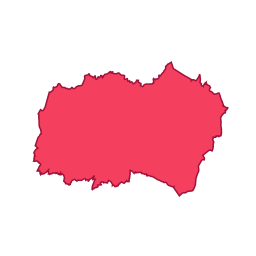 Juárez, Michoacán, Mexico (Equal Earth projection), rotated 25°
{"feature_id": "50627088B88478312202037", "entity_name": "Juárez", "entity_type": "district", "adm_level": 2, "iso_a3": "MEX", "parent_name": "Mexico", "parent_adm1": "Michoacán", "projection": "equal_earth", "projection_center": [-100.442, 19.293], "detail": "fine", "context": "isolated", "style": "filled", "palette": "rose", "viewbox_px": 256, "rotation_deg": 25, "n_neighbors": 0, "source": "geoboundaries", "source_scale": "gbopen_adm2", "svg_char_len": 5758}
<svg xmlns="http://www.w3.org/2000/svg" viewBox="0 0 256 256"><g transform="rotate(25 128 128)"><path d="M215.4,95.9L215.3,94.5L215.0,93.9L214.8,93.0L213.0,89.3L211.4,87.0L210.9,85.7L210.3,85.2L210.1,83.7L208.3,80.8L207.9,80.4L207.6,78.0L208.0,76.1L208.4,74.9L208.5,74.2L208.7,73.9L209.6,73.4L209.7,73.0L209.5,71.9L209.1,71.5L208.6,71.2L208.6,70.9L209.3,70.4L209.6,69.8L210.0,68.3L209.8,67.5L208.4,68.0L208.1,67.9L207.2,68.0L206.4,67.6L205.4,68.0L205.0,68.0L204.7,67.4L204.9,67.1L202.1,64.2L199.6,62.0L197.2,59.2L195.8,57.9L195.2,58.1L194.6,58.6L193.6,59.9L191.8,60.8L191.1,60.8L189.4,60.1L188.0,59.7L187.0,60.0L186.3,59.8L185.8,59.3L185.6,58.5L185.5,57.7L185.7,56.5L184.9,56.0L184.2,55.4L181.0,55.3L180.4,54.4L180.2,54.5L179.8,55.2L179.6,54.9L179.4,53.7L178.8,54.9L178.5,56.8L178.6,58.6L178.0,58.4L176.9,58.5L176.2,58.1L175.9,57.0L173.9,56.2L173.5,54.4L173.0,53.4L171.4,50.6L170.2,48.9L170.5,51.4L170.1,54.8L169.8,56.0L169.4,56.5L167.2,56.5L166.4,56.8L165.4,58.4L165.2,57.3L156.4,56.6L144.0,55.0L139.4,50.1L137.6,52.9L137.3,53.0L136.1,56.4L136.8,57.4L137.0,59.0L136.5,60.9L136.6,62.0L136.4,62.9L135.7,64.6L135.4,66.7L135.1,67.1L133.9,67.0L133.9,67.9L134.9,69.1L134.4,70.4L133.8,71.4L132.6,71.7L132.2,72.9L130.3,72.3L130.2,73.0L132.3,76.1L132.1,76.4L131.5,76.8L131.4,77.9L125.5,80.7L124.3,82.2L123.8,84.3L121.3,84.4L121.2,82.4L120.7,82.2L119.5,82.3L119.3,82.2L117.9,82.1L117.3,80.4L115.6,81.1L115.9,82.0L115.5,83.4L114.6,85.4L114.0,85.7L112.5,84.7L111.6,84.7L110.7,85.7L110.3,85.8L109.5,84.6L108.1,85.7L106.7,83.8L106.3,83.6L104.9,85.1L104.2,85.3L103.7,84.6L103.0,82.5L102.6,82.0L101.1,82.3L99.6,83.0L96.4,82.0L95.7,82.4L94.4,83.9L91.2,84.9L90.4,83.6L89.9,83.8L89.3,85.4L88.8,85.3L88.5,84.4L88.1,84.4L87.6,85.1L87.1,86.5L86.0,88.0L84.4,89.1L84.2,89.6L84.1,90.4L83.7,91.0L83.9,92.1L83.5,93.2L82.3,91.8L81.7,91.7L81.1,92.0L81.2,93.4L80.5,94.5L79.6,94.1L79.4,94.2L79.2,96.7L78.6,97.4L78.0,97.3L76.5,94.8L76.1,94.7L75.9,95.1L75.8,96.5L75.2,97.1L74.3,96.5L71.1,96.7L70.3,95.5L69.7,95.4L69.5,95.7L69.2,96.9L68.6,97.4L68.0,97.7L66.8,98.7L66.8,99.4L67.0,100.0L68.0,101.1L68.3,108.2L67.7,109.3L65.2,110.8L63.9,112.3L63.2,114.6L61.7,115.3L60.0,114.9L59.3,116.7L57.8,117.9L56.1,117.8L54.8,118.5L53.7,118.0L51.0,119.0L47.4,116.9L46.6,117.0L46.1,117.6L46.1,120.4L44.4,122.4L43.2,122.4L43.2,123.1L44.1,125.0L43.3,126.9L42.5,128.5L41.5,128.7L44.1,144.2L43.8,147.5L42.9,148.7L41.0,148.3L40.6,153.2L41.7,153.6L42.3,155.5L44.1,158.6L46.3,163.0L47.5,164.7L49.3,166.1L51.9,169.7L51.2,170.3L51.0,173.3L50.5,174.4L51.4,183.0L51.6,182.9L51.8,183.3L54.8,184.4L53.7,186.1L53.1,188.8L53.3,190.5L54.1,190.6L54.9,192.5L55.6,192.6L55.8,192.9L55.2,193.4L55.7,194.5L55.6,194.8L55.5,195.1L56.5,196.1L56.2,196.8L56.6,197.3L56.5,197.9L57.5,197.7L59.3,196.3L60.8,196.6L60.8,196.8L61.4,196.8L62.3,197.4L63.8,197.5L64.2,198.0L64.4,198.7L64.0,199.6L63.9,200.3L64.0,202.5L63.9,202.9L64.0,203.3L63.8,204.4L63.9,205.4L65.0,204.9L65.1,204.1L66.2,204.2L67.8,206.7L68.4,207.1L68.3,206.3L68.6,205.4L68.9,205.4L69.2,206.3L70.0,205.7L70.6,205.5L71.3,204.8L72.1,203.2L72.6,202.9L73.6,199.7L73.9,200.7L75.2,202.6L75.3,203.2L75.9,202.8L76.3,202.9L76.5,203.2L76.8,203.0L77.1,202.2L77.5,201.9L78.3,201.7L79.1,200.4L80.6,199.8L80.9,199.4L81.2,199.4L81.9,199.7L82.0,199.5L81.8,199.1L82.1,198.7L83.1,199.0L83.4,198.7L83.7,198.7L84.4,199.4L84.6,199.4L85.3,198.8L85.6,199.0L85.8,197.0L86.4,197.8L86.5,198.4L87.0,198.8L87.7,197.7L88.1,197.4L89.8,198.1L91.3,199.7L92.3,203.4L93.6,203.6L93.9,204.0L94.6,204.1L94.9,204.8L97.5,204.2L97.9,204.2L98.6,204.6L99.5,203.6L99.1,202.7L99.5,201.5L99.3,200.0L99.5,199.3L101.3,197.0L102.6,197.5L104.1,197.7L104.4,197.4L104.5,196.5L106.7,195.7L108.1,195.0L109.2,193.2L110.6,192.0L111.3,192.4L111.8,193.2L112.6,192.1L113.4,192.0L114.4,192.9L114.8,192.6L114.9,192.3L114.7,190.8L115.5,190.2L116.3,188.9L117.2,188.1L117.0,186.5L117.7,186.0L117.9,189.6L119.8,188.2L120.3,195.8L121.0,197.9L121.4,198.1L121.5,198.9L121.8,198.9L122.1,198.0L122.4,197.7L122.8,197.5L122.7,196.6L122.9,196.4L124.5,195.4L125.6,193.9L125.0,193.6L124.7,192.4L126.5,191.6L127.2,191.2L127.8,190.7L126.2,189.6L126.1,189.4L126.5,188.7L126.6,188.2L127.1,188.1L128.2,187.4L128.7,187.9L129.1,188.0L129.3,187.6L129.9,187.3L132.6,186.5L132.5,183.7L135.0,183.8L137.8,185.7L138.2,186.7L138.6,185.7L140.0,186.2L140.9,186.7L141.7,186.2L142.0,185.4L142.5,185.5L143.3,184.7L143.5,183.9L143.1,183.1L144.0,182.3L144.0,181.4L145.0,179.7L147.2,179.8L147.9,179.7L149.0,176.4L149.6,177.0L151.6,176.2L151.1,174.6L150.4,173.7L150.4,173.4L150.7,172.7L150.1,171.7L150.1,171.2L149.2,168.5L147.8,165.5L149.4,165.5L149.7,165.3L152.6,166.5L152.5,166.0L153.3,165.5L153.5,164.8L154.2,165.3L155.3,164.3L156.5,163.9L157.7,163.0L159.0,162.6L159.5,163.5L159.8,163.3L162.1,162.8L162.8,162.9L164.1,162.0L164.7,162.6L165.0,163.4L165.6,163.2L165.5,162.4L166.5,162.6L167.0,162.3L169.9,162.0L170.2,161.7L171.9,161.7L176.9,162.3L178.2,162.1L181.7,162.2L182.5,161.9L183.7,162.2L185.0,161.4L185.7,161.4L186.6,161.6L187.1,162.2L188.0,162.6L189.1,162.8L193.8,162.4L194.4,161.7L194.6,162.7L203.3,167.8L203.8,166.0L204.4,165.1L204.7,164.1L205.6,163.3L207.5,162.4L208.2,161.2L209.6,159.6L212.0,158.4L213.1,157.4L213.0,156.7L213.3,156.5L213.4,156.0L213.3,155.0L213.3,153.6L213.0,150.8L210.9,145.1L210.3,140.2L210.3,137.1L208.9,134.3L208.2,133.4L207.9,132.4L208.4,126.4L208.8,125.4L209.9,124.6L210.4,124.7L210.4,123.7L209.3,122.4L208.6,122.1L207.3,121.2L210.9,113.9L212.5,113.2L213.8,113.3L214.0,113.0L213.6,110.7L213.2,109.2L213.2,108.9L212.6,108.0L212.0,106.4L211.8,104.9L211.5,104.3L210.8,103.6L210.2,103.4L209.5,102.7L209.6,101.3L209.0,100.4L210.5,99.8L210.7,99.4L211.2,99.5L211.7,98.6L211.3,98.1L211.8,97.8L212.4,97.6L212.4,97.4L213.0,97.4L213.4,97.0L214.0,97.4L214.8,96.0L215.1,96.1L215.4,95.9Z" fill="#f43f5e" stroke="#9f1239" stroke-width="1.5"/></g></svg>